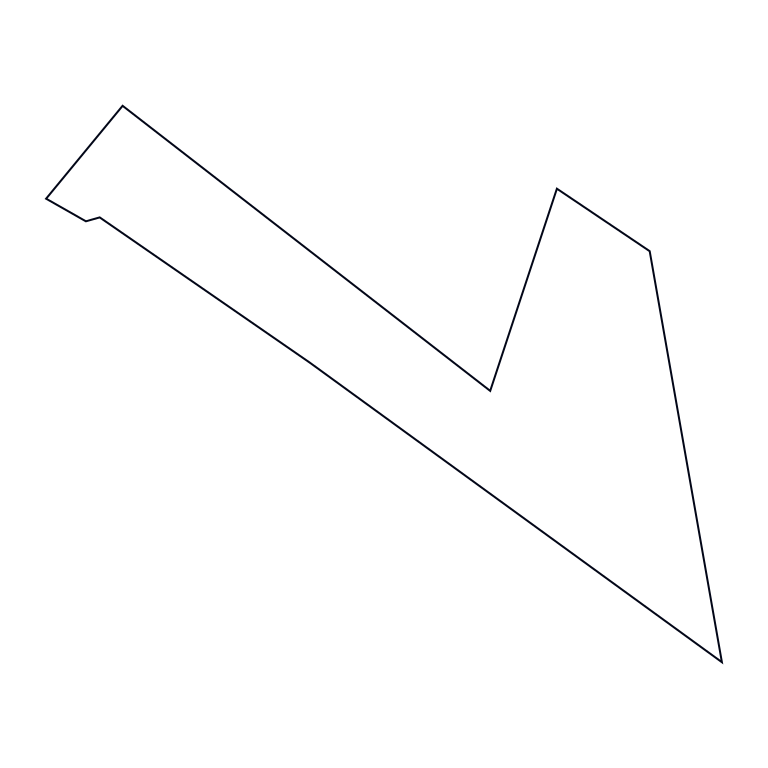 Manassas Park, Virginia, United States of America (Robinson projection)
{"feature_id": "52423323B92957530316980", "entity_name": "Manassas Park", "entity_type": "district", "adm_level": 2, "iso_a3": "USA", "parent_name": "United States of America", "parent_adm1": "Virginia", "projection": "robinson", "projection_center": [-77.456, 38.771], "detail": "fine", "context": "isolated", "style": "outline", "palette": "ink", "viewbox_px": 768, "rotation_deg": 0, "n_neighbors": 0, "source": "geoboundaries", "source_scale": "gbopen_adm2", "svg_char_len": 244}
<svg xmlns="http://www.w3.org/2000/svg" viewBox="0 0 768 768"><path d="M310.0,362.8L721.9,662.2L649.7,251.2L556.9,188.7L490.2,390.9L122.6,105.8L46.1,198.7L85.9,221.3L99.7,217.4L310.0,362.8Z" fill="none" stroke="#020617" stroke-width="2"/></svg>